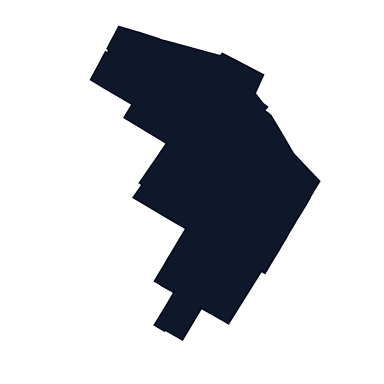 Milosesti, Ialomita, Romania, rotated 12°
{"feature_id": "2599482B31201571212369", "entity_name": "Milosesti", "entity_type": "district", "adm_level": 2, "iso_a3": "ROU", "parent_name": "Romania", "parent_adm1": "Ialomita", "projection": "robinson", "projection_center": [27.204, 44.736], "detail": "fine", "context": "isolated", "style": "filled", "palette": "ink", "viewbox_px": 384, "rotation_deg": 12, "n_neighbors": 0, "source": "geoboundaries", "source_scale": "gbopen_adm2", "svg_char_len": 2068}
<svg xmlns="http://www.w3.org/2000/svg" viewBox="0 0 384 384"><g transform="rotate(12 192 192)"><path d="M255.1,313.3L276.3,255.1L280.2,256.4L281.3,253.6L282.2,250.8L283.5,247.0L284.1,245.1L285.0,242.7L285.5,240.9L286.0,239.5L286.6,238.1L287.8,234.7L288.9,231.7L289.5,229.7L290.6,226.4L291.1,224.8L292.0,222.1L293.6,217.7L295.3,211.8L297.8,204.9L299.8,198.8L300.4,197.0L305.0,184.2L305.6,182.6L307.0,178.3L308.2,174.5L308.5,173.7L308.3,173.7L309.3,170.6L311.2,164.8L311.7,163.3L313.0,159.6L314.0,156.9L314.5,155.4L314.7,154.9L313.5,154.1L301.7,146.1L283.2,133.3L265.8,114.2L253.6,101.1L251.6,99.8L250.9,99.4L250.0,98.9L249.7,98.8L248.7,98.4L247.7,98.0L247.4,97.9L246.7,97.6L245.9,97.2L246.2,96.6L248.2,93.0L242.8,90.6L234.5,83.4L233.1,82.8L237.6,62.5L237.4,62.5L228.1,59.9L200.5,52.2L192.7,50.1L191.9,52.5L191.8,52.9L191.7,52.9L185.6,52.6L164.2,51.4L148.8,50.5L134.3,49.7L133.0,49.8L131.1,49.6L127.2,49.1L125.0,48.8L121.7,48.4L116.5,47.9L114.5,47.7L108.7,47.1L107.2,46.9L106.9,46.9L106.9,47.0L104.5,46.8L99.7,46.4L96.5,46.1L92.9,45.9L91.5,45.7L90.0,45.6L89.1,45.6L86.0,45.3L85.9,45.5L85.3,47.6L83.3,54.9L81.9,59.6L79.9,66.7L79.7,67.5L79.5,68.3L79.5,68.7L79.2,69.3L81.1,71.3L80.5,73.6L78.2,72.9L74.4,86.3L71.0,97.8L69.4,103.3L87.3,109.5L115.2,118.7L110.1,133.4L157.0,149.7L152.4,160.7L152.5,160.9L147.9,171.7L145.9,176.5L144.8,179.2L144.1,180.9L142.4,185.1L139.3,192.5L138.6,194.1L139.8,194.6L141.7,195.1L137.8,204.4L135.9,209.0L135.5,209.7L141.9,211.8L171.8,222.0L182.2,225.4L183.7,225.9L193.6,229.1L189.1,242.1L184.1,256.9L184.0,257.1L182.4,261.6L179.1,271.9L178.9,272.3L177.8,275.4L177.4,276.5L175.3,282.7L174.0,286.5L173.8,287.0L174.4,287.2L176.1,287.7L178.4,288.5L179.2,288.8L180.2,289.2L180.6,289.4L181.0,289.6L181.5,289.8L182.8,290.3L185.0,290.9L186.5,291.4L188.5,292.0L195.2,294.1L195.1,294.3L190.9,306.8L185.2,323.2L185.1,323.4L182.7,330.0L194.1,333.8L194.5,332.6L195.3,332.9L213.5,338.7L215.3,333.3L215.4,333.0L219.3,321.6L221.0,316.7L222.5,312.4L225.3,303.9L236.8,307.4L249.4,311.4L255.1,313.3Z" fill="#0f172a" stroke="#020617" stroke-width="1.5"/></g></svg>